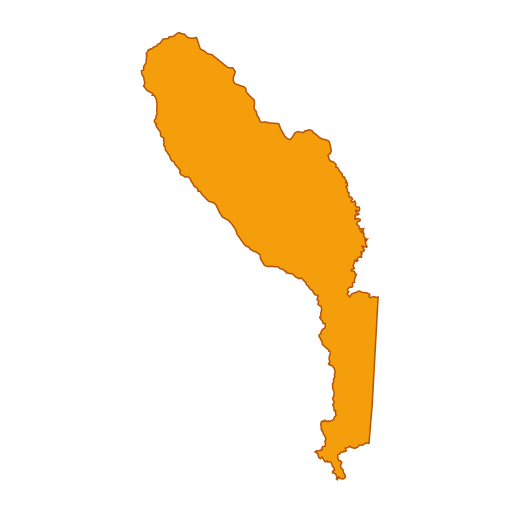 the district of Bom Jardim, Maranhão, Brazil, rotated 93°
{"feature_id": "56859067B20535313815955", "entity_name": "Bom Jardim", "entity_type": "district", "adm_level": 2, "iso_a3": "BRA", "parent_name": "Brazil", "parent_adm1": "Maranhão", "projection": "orthographic", "projection_center": [-46.265, -3.964], "detail": "fine", "context": "isolated", "style": "filled", "palette": "amber", "viewbox_px": 512, "rotation_deg": 93, "n_neighbors": 0, "source": "geoboundaries", "source_scale": "gbopen_adm2", "svg_char_len": 6111}
<svg xmlns="http://www.w3.org/2000/svg" viewBox="0 0 512 512"><g transform="rotate(93 256 256)"><path d="M100.9,368.0L100.7,367.0L101.3,365.8L102.5,365.0L105.5,363.4L107.5,363.3L108.4,362.8L116.5,362.7L119.8,362.1L121.4,363.2L123.4,363.0L125.8,364.5L127.1,364.6L129.3,363.0L129.3,362.2L130.1,362.7L131.8,362.4L137.3,357.9L140.5,357.7L141.4,357.1L143.1,354.1L144.8,354.4L147.9,353.8L150.3,354.1L152.0,352.4L154.7,352.1L160.4,347.6L163.0,346.7L165.3,345.1L166.0,343.1L169.0,341.3L174.4,336.1L176.1,336.7L178.6,335.4L179.8,332.5L180.9,331.1L180.5,328.3L180.9,327.3L183.0,325.2L184.0,325.2L187.8,322.3L188.7,322.2L190.2,320.5L190.6,319.2L192.3,317.7L194.5,317.2L194.2,315.9L194.8,314.9L197.3,313.2L203.8,306.2L204.9,301.6L206.5,299.0L214.6,294.6L218.8,291.7L221.8,285.5L224.6,282.5L230.0,278.2L235.6,275.8L244.6,268.7L246.6,266.6L247.6,263.6L249.5,262.2L251.6,258.1L252.0,256.0L254.5,252.1L258.6,251.3L264.6,247.3L265.3,246.3L266.0,242.8L265.6,241.8L265.7,233.3L267.5,231.2L267.9,228.4L269.4,226.6L269.6,225.7L270.2,225.0L271.2,225.0L272.1,218.2L274.7,215.5L276.4,211.9L276.3,211.0L275.6,210.6L275.6,209.6L280.1,204.8L282.1,204.2L283.3,202.1L284.2,201.9L286.6,199.6L287.6,197.7L290.1,196.5L291.7,195.0L291.8,192.4L292.5,191.9L296.0,192.7L296.8,192.5L296.9,191.7L297.7,191.1L301.0,191.6L302.1,190.4L302.7,188.4L306.3,187.6L310.4,188.5L311.9,187.8L313.4,188.2L313.4,189.0L314.8,188.8L318.2,185.9L319.9,185.5L319.8,183.6L323.0,183.0L324.7,183.8L326.0,186.1L329.1,187.2L330.1,187.0L331.4,188.8L332.7,188.9L333.8,188.4L334.2,187.6L335.2,187.5L338.3,185.5L340.9,185.1L346.5,178.0L347.2,178.2L347.4,177.4L348.1,176.9L348.9,176.6L352.1,177.5L355.3,177.6L357.9,176.7L359.0,176.9L359.3,177.9L360.3,177.8L361.3,176.2L361.3,174.5L364.1,172.1L367.6,170.8L370.5,171.5L372.9,170.9L374.9,172.2L377.9,171.9L379.7,172.9L384.9,172.3L387.1,171.0L388.4,170.8L391.7,171.0L394.3,172.1L397.9,170.3L398.7,170.4L400.3,171.6L403.4,170.3L406.2,169.9L406.7,169.3L406.2,168.6L406.9,168.2L409.4,168.4L411.0,167.5L412.6,169.2L415.3,170.0L416.4,171.8L417.5,174.5L416.8,175.4L417.6,176.0L417.7,176.8L416.5,178.1L416.5,179.3L417.5,179.5L418.0,180.4L417.4,181.2L418.0,182.0L420.7,182.6L423.4,181.8L425.8,181.9L426.4,180.9L427.3,181.0L428.0,180.1L430.5,179.3L432.2,177.6L433.4,177.5L434.2,176.7L436.4,176.9L437.4,177.6L439.3,176.9L441.5,176.9L442.5,177.4L443.0,179.6L443.7,180.0L445.9,179.9L445.6,180.7L447.1,181.3L446.8,182.3L447.5,184.3L447.3,185.3L448.5,186.8L450.0,184.2L454.0,182.7L455.1,181.2L453.3,179.6L457.8,176.4L458.0,175.6L457.0,174.0L458.0,173.5L457.6,171.6L457.9,170.6L459.7,169.4L461.7,168.8L463.7,167.0L465.6,166.4L467.0,168.2L467.9,168.4L468.6,168.0L469.0,166.0L469.8,165.0L472.7,163.6L474.3,164.1L475.1,163.0L472.3,161.9L473.7,160.6L474.2,157.6L473.6,156.5L472.2,155.1L469.8,155.7L468.3,157.0L464.4,158.2L463.5,159.7L462.6,160.3L460.5,160.5L457.5,159.5L457.0,160.6L456.1,161.0L456.1,162.3L454.4,163.4L450.4,164.1L448.9,161.7L448.0,161.5L447.5,160.8L447.2,158.7L446.4,158.2L446.8,157.5L445.7,155.5L445.2,156.1L443.2,156.8L442.5,154.1L440.9,152.3L442.1,151.3L442.9,147.2L441.7,144.8L439.2,142.5L439.4,139.6L437.3,137.0L436.8,134.8L437.3,134.1L437.1,133.4L399.5,132.2L290.6,131.9L291.0,133.9L290.4,136.1L291.6,140.2L290.1,141.1L289.4,140.4L288.4,140.4L287.8,141.4L286.8,144.2L286.9,148.1L285.8,150.0L285.7,151.7L287.4,154.6L287.8,156.3L289.1,158.7L291.9,160.2L289.4,162.8L288.6,162.8L287.1,161.4L286.6,162.3L284.2,162.9L282.3,160.8L282.2,159.0L281.5,157.8L278.0,158.3L277.0,156.1L275.4,156.6L271.0,155.6L269.5,154.6L268.3,156.1L266.4,156.9L265.9,157.9L265.9,159.8L265.3,160.3L264.5,159.8L263.9,158.9L263.9,157.6L263.2,157.1L260.7,158.6L256.4,157.1L255.6,157.4L254.9,156.7L256.1,155.1L255.2,154.1L254.6,154.8L253.4,154.8L252.5,154.0L251.6,152.9L251.8,150.5L249.1,150.9L248.3,150.2L247.0,151.5L246.2,151.2L246.4,150.2L245.6,148.6L243.9,148.0L243.1,149.5L241.9,149.7L240.7,150.7L240.4,149.8L241.4,148.7L241.0,147.5L241.5,145.9L240.6,145.6L237.9,147.4L235.6,147.0L233.6,145.9L234.7,148.2L234.0,148.3L232.9,147.2L230.9,149.4L228.2,149.3L226.9,150.1L227.3,151.4L225.9,152.8L225.5,151.8L226.1,150.9L225.6,150.4L224.6,150.5L223.1,149.9L223.5,151.0L223.1,153.0L223.9,153.6L222.3,154.6L220.7,154.7L219.4,156.8L218.6,157.0L216.9,156.5L216.0,155.8L216.0,154.2L214.0,153.8L213.2,156.0L213.3,157.2L214.2,158.3L213.9,159.2L211.5,158.7L210.3,159.4L209.5,158.6L209.8,157.2L209.1,155.6L208.2,155.6L207.4,158.1L205.2,159.0L205.0,158.0L205.9,157.5L205.4,156.4L205.9,155.7L204.0,154.9L201.8,155.4L201.9,157.8L200.1,159.8L198.1,159.1L195.9,160.3L197.2,161.6L196.8,163.7L195.9,163.9L194.2,162.5L192.6,163.6L192.1,164.4L192.4,165.5L191.8,166.1L188.9,166.7L188.0,166.3L187.4,167.7L183.5,168.7L182.9,169.8L181.3,169.6L181.4,168.3L179.2,168.4L177.9,168.9L177.9,170.2L177.1,169.6L176.1,169.7L173.7,171.8L172.7,171.5L172.4,172.8L171.5,174.0L169.5,174.2L167.1,176.8L163.4,179.1L163.3,180.9L160.5,180.8L158.3,183.0L157.5,185.0L157.5,186.4L155.2,188.2L152.9,188.7L152.2,189.5L151.1,189.1L149.9,187.2L147.7,186.4L144.5,186.8L138.2,188.7L136.8,190.4L135.5,196.5L134.3,198.9L130.8,203.2L130.2,204.8L128.1,206.4L127.6,207.2L127.3,209.5L127.3,210.5L128.2,211.1L128.4,213.6L130.3,215.2L129.6,220.9L130.9,223.5L135.6,226.0L138.0,228.0L137.7,229.4L136.9,231.1L134.8,233.6L127.3,238.3L123.4,239.8L122.6,240.5L122.3,250.7L121.5,253.6L122.3,256.8L121.5,259.0L117.4,260.6L116.5,261.9L111.2,263.6L110.2,265.0L107.1,265.8L103.7,265.4L100.1,266.1L97.1,269.9L93.4,273.7L91.8,274.5L89.2,275.0L87.7,276.8L85.4,285.1L84.1,286.9L81.7,287.9L79.2,288.0L73.0,286.3L69.5,288.9L69.2,289.7L69.6,292.3L68.9,294.6L57.1,310.7L56.8,313.9L56.2,315.7L54.4,317.6L52.0,322.6L40.9,326.8L41.9,330.8L41.8,333.7L41.0,336.2L38.1,339.2L38.0,342.3L36.9,344.0L37.6,346.2L40.8,349.7L41.7,352.8L41.5,354.0L43.4,355.0L44.3,360.2L48.7,363.0L49.1,364.3L50.0,365.4L51.6,366.3L52.5,368.9L54.4,370.8L54.7,372.3L55.5,372.8L55.5,374.0L59.0,375.9L60.0,376.2L62.3,375.3L63.0,375.8L68.9,375.9L71.2,377.4L73.5,378.2L75.4,377.9L76.3,378.2L77.0,380.1L77.8,380.1L81.6,379.0L82.5,377.8L88.8,376.2L91.3,376.6L92.1,377.3L96.6,373.2L99.0,367.9L100.0,367.5L100.9,368.0Z" fill="#f59e0b" stroke="#b45309" stroke-width="1.5"/></g></svg>